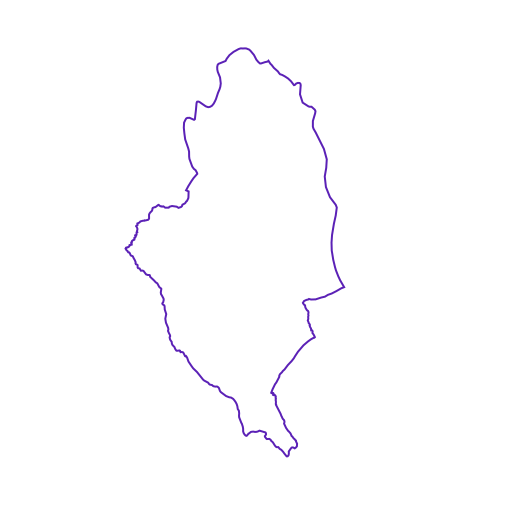 the district of Patate, Tungurahua, Ecuador, rotated 335°
{"feature_id": "8360857B3185299233317", "entity_name": "Patate", "entity_type": "district", "adm_level": 2, "iso_a3": "ECU", "parent_name": "Ecuador", "parent_adm1": "Tungurahua", "projection": "equal_earth", "projection_center": [-78.456, -1.283], "detail": "fine", "context": "isolated", "style": "outline", "palette": "violet", "viewbox_px": 512, "rotation_deg": 335, "n_neighbors": 0, "source": "geoboundaries", "source_scale": "gbopen_adm2", "svg_char_len": 6107}
<svg xmlns="http://www.w3.org/2000/svg" viewBox="0 0 512 512"><g transform="rotate(335 256 256)"><path d="M349.8,84.3L348.8,84.7L346.0,84.1L341.8,83.6L341.0,83.2L340.1,81.2L339.3,78.2L339.2,74.9L339.1,72.9L337.7,67.6L337.0,66.0L334.9,63.8L333.6,63.1L331.6,62.3L330.6,61.7L329.6,61.3L327.7,61.1L321.9,61.5L316.9,62.7L312.9,64.8L310.8,66.4L303.2,66.0L302.0,66.6L300.7,68.3L299.7,70.7L299.2,72.9L299.1,74.8L298.9,78.9L297.0,84.7L295.2,87.5L293.5,89.4L290.5,92.1L286.2,96.7L284.6,98.1L282.1,100.0L279.6,101.2L277.6,101.4L276.1,101.1L275.3,100.7L273.7,99.1L269.9,92.6L269.3,91.9L268.7,91.5L267.8,91.3L266.8,92.2L262.9,98.9L258.4,106.2L257.4,106.4L254.2,102.7L252.4,101.9L251.2,101.8L250.5,102.1L249.4,102.9L247.2,104.7L244.8,109.2L242.9,114.6L241.1,120.4L240.1,129.8L239.5,133.0L237.4,137.7L236.7,139.9L236.0,148.0L236.5,150.7L237.5,152.7L237.7,155.8L237.5,156.7L232.3,159.0L228.9,161.0L224.3,164.0L220.4,166.9L222.2,169.0L219.6,174.2L219.0,175.1L216.9,176.8L216.3,177.1L215.8,177.1L214.3,178.1L213.5,178.3L211.0,178.4L210.0,179.5L209.2,179.8L208.7,179.9L206.1,179.6L205.0,177.8L201.0,175.2L198.4,174.8L197.3,175.3L194.1,173.8L193.2,172.1L192.8,171.7L191.7,171.6L191.2,170.9L190.6,170.7L189.9,169.7L189.4,168.5L189.1,168.4L185.5,169.2L184.7,168.9L182.8,168.8L182.3,169.1L181.5,170.4L180.5,171.2L178.7,171.8L177.4,172.5L176.5,173.4L175.0,176.7L174.8,177.0L173.6,177.6L171.0,177.1L170.6,177.0L170.1,176.6L169.5,176.8L168.7,176.3L165.9,175.8L164.4,176.4L162.2,176.4L161.8,177.8L160.5,178.0L160.0,178.2L159.9,178.4L160.2,179.1L160.1,181.0L159.7,181.9L158.6,183.2L158.5,184.2L157.7,184.2L156.8,186.1L156.4,186.5L156.2,186.6L155.7,186.2L155.3,186.1L155.1,186.3L155.1,187.7L154.1,188.2L153.5,188.1L153.3,188.3L153.2,189.1L153.0,189.4L152.6,189.8L151.9,189.6L151.6,189.8L151.3,189.7L150.1,189.9L149.2,191.2L148.7,191.0L148.3,191.5L148.4,192.7L148.3,193.0L148.1,193.2L147.7,192.9L146.5,193.1L146.0,192.7L145.1,193.7L144.6,193.9L143.9,194.0L143.0,193.6L142.3,194.0L141.6,193.6L141.3,193.9L141.2,194.2L140.9,194.3L141.1,196.1L141.7,197.3L141.7,198.2L141.8,198.7L142.1,199.0L142.6,199.2L142.8,200.2L142.7,202.1L142.9,202.8L144.1,204.0L144.2,204.6L144.2,206.3L144.4,208.6L144.3,210.8L143.8,211.5L143.7,212.2L143.7,212.7L144.5,213.5L144.8,214.0L144.6,214.8L143.9,216.3L144.0,217.2L145.2,218.1L145.5,220.7L147.1,221.3L147.8,222.2L148.6,226.2L149.8,227.4L151.5,228.3L151.6,228.6L151.3,230.2L153.3,235.2L154.0,237.5L155.0,239.1L155.2,243.0L155.4,243.7L156.2,245.2L156.3,245.8L154.3,248.8L153.8,250.4L154.0,251.8L154.2,255.5L153.8,256.8L152.3,258.7L151.4,259.1L151.0,259.5L151.0,260.4L152.0,262.0L151.9,262.9L150.7,265.9L150.1,270.7L147.3,274.5L146.2,278.4L146.0,284.0L145.5,285.6L144.6,286.7L144.5,289.0L144.6,290.9L144.5,291.9L144.1,292.7L143.6,292.9L143.3,293.3L142.9,295.1L142.9,296.2L143.3,298.1L142.7,300.0L142.7,301.4L143.6,304.0L143.5,306.2L143.8,308.0L144.3,308.5L144.9,308.7L146.8,309.3L147.1,309.8L146.9,310.3L147.0,311.3L148.1,311.6L149.0,312.3L149.3,313.1L149.4,316.8L149.7,317.2L150.3,317.1L150.4,317.4L150.6,319.1L150.2,323.1L151.1,328.8L151.6,331.3L153.5,336.2L155.8,345.7L156.4,347.0L159.1,350.6L159.4,352.2L159.7,352.9L161.7,354.5L162.1,355.6L162.6,356.2L164.0,357.2L165.5,357.8L166.3,359.0L166.6,360.1L166.3,363.0L166.6,364.5L169.7,370.3L172.0,372.7L173.6,373.8L174.9,375.8L175.4,377.6L175.8,379.8L175.9,382.1L175.6,384.3L174.8,387.0L175.1,388.9L174.3,391.4L173.2,393.4L172.6,394.9L172.5,395.9L172.2,400.6L172.2,401.6L172.3,401.9L171.9,405.1L171.3,407.2L170.2,409.6L170.0,411.3L170.2,413.0L170.7,414.3L171.2,414.9L171.6,415.0L173.5,414.2L174.1,413.8L174.5,413.9L177.0,413.3L178.2,413.6L179.3,414.0L180.7,415.0L181.9,415.5L183.3,415.8L185.4,415.8L190.0,419.9L190.1,420.8L189.7,421.9L189.1,422.4L187.9,423.0L187.7,423.6L188.2,425.9L188.5,426.5L190.8,427.4L191.6,428.8L191.6,429.8L192.4,431.6L192.6,432.4L193.0,435.7L193.4,437.2L194.1,438.1L195.4,438.6L195.6,439.2L195.9,440.6L196.3,441.3L197.0,442.3L197.8,444.8L198.3,447.4L199.1,450.5L200.0,450.9L201.0,450.5L201.5,450.1L202.4,448.7L203.1,447.0L206.2,445.2L207.4,444.7L208.2,444.9L208.9,445.4L209.8,446.7L211.3,446.4L212.6,445.8L213.9,443.5L213.9,440.8L214.1,440.5L214.2,440.1L213.8,439.4L213.5,438.0L213.1,437.5L212.6,434.9L212.2,434.3L212.3,431.4L211.6,428.9L211.2,428.1L210.6,424.6L210.6,419.8L211.7,418.4L212.0,417.3L212.0,416.4L211.5,415.0L211.4,413.5L211.5,412.9L211.4,411.7L211.6,409.3L211.2,399.3L211.5,399.1L211.5,398.3L212.1,397.3L212.7,395.9L212.8,395.2L213.2,394.7L213.3,394.1L213.8,393.6L213.8,392.8L214.4,392.1L214.6,391.5L214.5,391.1L214.5,390.5L214.1,389.6L213.5,389.8L212.8,389.1L213.6,388.1L213.7,387.5L213.3,387.2L212.5,387.2L212.4,387.1L212.8,386.8L212.8,386.5L212.7,386.3L212.3,386.1L214.7,383.8L219.0,380.3L221.0,379.2L225.6,375.7L226.1,375.3L226.1,375.0L226.7,374.1L227.9,373.2L230.5,372.3L231.6,371.6L233.9,370.9L238.8,368.3L244.1,366.2L247.2,364.6L248.9,363.4L253.6,360.5L261.3,357.0L267.1,355.4L270.7,354.7L273.6,354.5L273.9,354.7L275.0,354.5L275.1,354.1L275.0,351.4L274.6,349.6L275.4,348.4L275.5,347.5L275.4,347.1L274.6,346.7L275.2,345.0L275.0,342.7L275.5,341.6L275.4,341.5L275.7,341.2L275.8,340.6L275.4,339.0L275.6,338.5L275.7,336.3L276.8,335.1L277.6,333.1L278.4,332.1L278.7,330.9L279.7,329.4L279.9,328.7L279.9,327.7L279.4,327.0L279.2,326.1L279.0,324.2L279.1,322.9L279.6,321.5L279.3,320.8L279.0,320.5L278.7,318.8L278.7,318.3L280.6,317.1L283.1,317.1L285.1,317.5L285.8,317.3L287.5,318.7L291.7,320.5L297.5,321.2L301.3,322.0L304.8,321.6L308.7,322.0L314.0,321.8L319.7,321.3L322.7,321.5L322.0,313.5L322.0,309.1L322.4,302.8L322.9,299.5L324.4,292.1L326.3,285.4L326.9,283.2L330.1,275.8L333.8,269.1L340.3,259.6L345.3,253.1L349.7,246.2L349.9,243.3L347.9,234.0L348.5,223.1L351.9,213.0L356.9,205.8L361.0,198.3L362.8,187.7L362.3,169.5L361.9,164.9L362.2,162.8L364.6,157.7L369.9,151.7L371.1,149.9L371.1,148.2L369.4,144.2L367.7,143.4L366.8,142.6L363.1,136.7L364.2,128.1L368.7,120.1L369.0,118.9L368.9,118.3L368.6,117.6L367.0,116.8L365.3,116.7L363.3,117.4L362.6,117.2L361.6,112.5L360.1,108.7L358.0,105.3L356.2,102.9L354.6,101.4L354.1,99.6L353.9,98.1L351.7,93.0L350.9,89.4L350.3,87.9L349.8,84.3Z" fill="none" stroke="#5b21b6" stroke-width="2"/></g></svg>